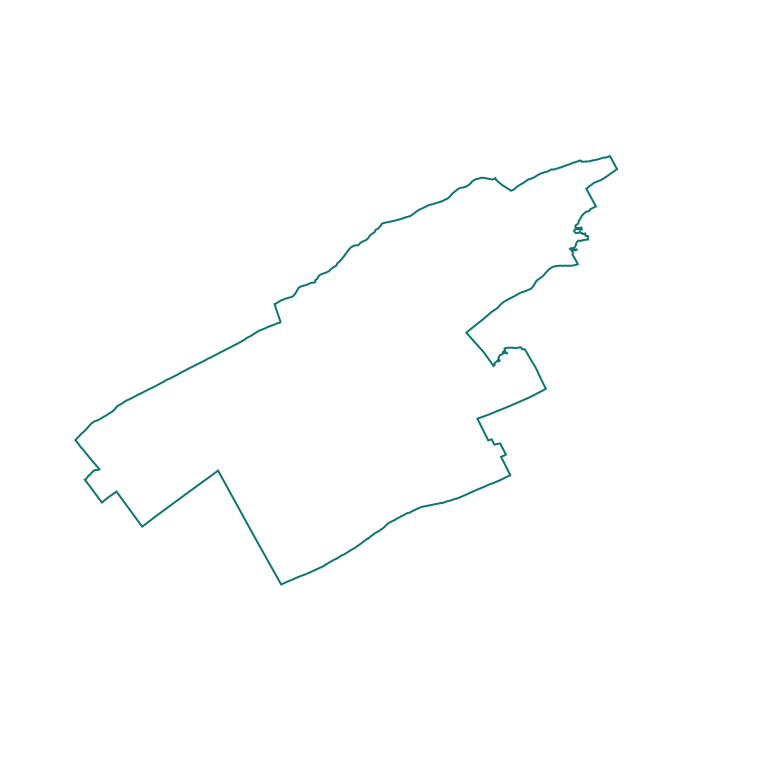 Gogosu, Dolj, Romania, rotated 331°
{"feature_id": "2599482B40492403167695", "entity_name": "Gogosu", "entity_type": "district", "adm_level": 2, "iso_a3": "ROU", "parent_name": "Romania", "parent_adm1": "Dolj", "projection": "albers", "projection_center": [23.374, 44.414], "detail": "fine", "context": "isolated", "style": "outline", "palette": "teal", "viewbox_px": 768, "rotation_deg": 331, "n_neighbors": 0, "source": "geoboundaries", "source_scale": "gbopen_adm2", "svg_char_len": 6129}
<svg xmlns="http://www.w3.org/2000/svg" viewBox="0 0 768 768"><g transform="rotate(331 384 384)"><path d="M450.2,525.1L450.9,510.0L451.0,504.5L454.2,504.8L456.4,504.8L456.8,492.3L453.2,491.1L451.1,490.6L451.4,484.7L447.8,483.8L448.9,459.6L459.3,461.3L466.6,462.2L481.4,464.0L503.9,466.2L520.3,466.7L523.3,466.6L523.5,460.1L524.0,451.7L524.4,446.7L524.6,443.5L524.2,434.0L524.1,425.4L523.9,422.1L523.5,421.5L522.4,421.1L521.7,420.6L521.6,418.5L520.6,417.8L516.7,416.6L513.5,414.2L510.5,412.6L508.3,411.9L507.4,411.4L506.5,411.6L506.3,412.9L506.1,413.3L505.7,413.3L505.9,416.1L506.5,416.7L506.4,416.8L506.1,416.7L505.7,416.4L505.6,415.9L505.3,415.9L504.6,415.3L504.7,414.3L504.6,414.1L504.2,413.8L503.4,413.7L503.2,413.8L503.2,414.0L503.6,414.4L503.7,414.6L503.4,414.7L503.4,414.9L503.2,415.0L502.3,415.2L502.1,415.4L500.4,415.1L499.0,415.1L496.7,416.7L496.2,417.6L496.1,418.2L496.6,419.0L496.6,419.5L495.8,419.7L495.3,419.7L495.2,418.4L490.4,419.7L490.0,420.9L488.5,421.3L487.2,409.3L486.5,404.0L480.9,379.1L488.7,377.6L502.8,375.3L512.8,373.1L516.5,372.9L520.6,372.5L521.9,372.1L524.0,371.1L528.7,370.2L534.6,370.2L541.6,370.4L546.6,370.3L548.7,370.5L550.7,371.0L555.2,371.6L558.8,371.9L561.9,370.9L567.5,367.6L573.6,366.9L576.1,366.4L578.0,365.6L584.0,363.7L587.6,363.4L589.1,363.5L591.5,364.2L595.4,365.9L597.6,367.3L599.5,368.1L601.7,369.5L605.2,371.4L607.8,372.3L609.9,372.9L611.6,373.1L611.7,370.2L611.7,365.1L611.4,362.8L611.9,361.8L612.7,361.1L612.8,360.3L612.8,359.0L614.2,358.9L615.2,359.4L617.3,360.2L617.5,359.6L615.7,359.1L613.4,357.7L612.2,356.4L612.1,356.0L613.5,355.8L615.0,356.8L616.5,357.2L618.6,356.0L621.1,353.5L622.0,353.2L623.6,352.9L625.9,354.5L627.3,354.4L631.6,356.1L632.5,356.5L632.5,356.0L634.1,354.1L634.1,353.5L633.7,353.0L632.8,352.7L632.3,352.2L632.1,350.9L633.0,350.3L633.0,349.9L631.6,349.6L630.3,348.9L630.5,348.2L629.9,347.8L629.2,347.0L629.1,346.3L629.1,345.7L628.0,346.1L626.5,345.9L625.1,345.1L624.6,344.0L624.3,343.1L624.4,342.5L624.8,341.9L627.5,341.3L627.9,342.2L630.1,343.5L631.8,344.7L632.1,344.1L632.5,342.9L631.5,342.5L629.5,342.0L627.3,340.3L627.6,339.3L628.0,338.6L628.9,338.1L630.8,338.0L631.7,337.7L633.0,336.5L633.2,335.9L635.1,335.0L638.4,332.9L641.0,332.0L643.5,331.4L646.2,331.8L646.8,332.3L647.4,332.1L649.3,331.1L655.4,331.5L655.6,311.3L659.6,310.6L665.5,309.9L670.4,310.6L672.6,310.8L675.7,310.7L680.0,310.4L683.7,309.9L692.0,309.1L692.1,294.2L688.3,293.7L685.7,292.5L683.7,291.9L682.5,291.8L679.1,291.0L675.1,289.7L671.2,288.7L668.7,287.4L666.1,286.3L664.7,285.4L664.6,284.4L664.0,283.6L662.4,283.4L656.1,282.1L653.8,281.9L646.8,280.7L643.8,280.4L642.1,279.8L640.0,279.5L636.2,278.7L634.8,277.6L633.8,277.5L630.4,277.5L628.0,276.9L626.7,276.5L625.5,276.4L623.9,276.0L619.8,275.8L616.0,276.1L611.2,275.6L610.1,275.1L609.0,275.0L608.6,275.2L604.3,275.6L595.9,275.9L593.4,276.6L592.0,276.9L588.9,276.6L583.6,266.9L581.5,261.1L580.8,259.0L581.2,258.0L578.8,257.9L577.6,257.5L574.7,254.9L571.6,252.4L569.3,250.9L565.8,250.1L563.8,249.5L562.5,249.3L559.4,249.5L557.0,250.6L553.5,251.1L551.4,251.1L548.4,250.5L547.5,250.0L546.4,249.7L545.0,249.4L543.0,249.4L536.0,250.6L532.1,252.1L529.5,252.6L527.6,252.4L524.2,252.3L519.9,251.7L517.0,250.9L514.6,250.6L509.8,249.2L502.8,249.0L499.8,248.6L498.2,248.8L496.3,248.8L492.2,249.5L488.2,249.9L487.2,249.5L485.5,249.3L484.0,248.7L481.5,248.4L477.4,247.5L476.5,247.4L469.4,245.4L462.9,243.4L461.0,242.9L459.5,242.9L458.8,243.2L458.4,243.8L456.1,244.5L454.9,245.0L453.7,245.2L451.1,245.2L450.0,246.3L448.6,246.7L447.1,246.8L445.2,247.0L443.2,247.6L441.0,248.7L439.2,249.3L437.5,249.3L433.4,249.0L431.7,249.1L430.3,249.7L429.1,250.0L427.9,249.9L427.6,249.5L424.4,248.3L421.6,248.5L419.7,248.9L413.7,251.5L411.1,252.8L404.3,255.4L401.8,255.7L401.0,256.6L399.7,257.2L397.9,257.5L396.4,257.4L394.8,257.6L392.2,258.0L391.2,258.5L390.2,258.6L387.9,258.5L381.7,257.5L380.2,257.6L378.2,258.6L377.2,259.3L376.4,259.6L374.2,259.9L373.7,261.2L373.2,261.5L372.4,261.5L371.1,261.0L369.8,260.3L368.5,260.1L367.3,260.1L364.0,259.7L359.7,258.6L357.7,258.4L356.3,258.4L354.1,259.5L350.5,261.8L347.3,263.1L345.3,263.1L340.8,261.9L334.8,261.0L330.6,261.1L328.6,261.3L327.1,261.0L326.4,264.0L324.7,273.3L323.7,279.3L323.1,279.9L322.2,279.9L319.8,279.1L318.4,279.1L310.6,277.9L305.4,277.5L301.1,276.9L299.8,276.8L290.1,277.4L287.0,277.2L284.5,277.4L283.5,277.7L282.2,277.5L277.9,277.8L276.6,277.5L276.0,277.7L271.6,277.5L269.6,277.5L255.8,277.0L246.6,276.8L244.2,276.7L243.2,276.5L238.8,276.6L218.9,275.7L216.5,275.8L213.4,275.6L207.9,275.7L198.5,275.3L196.8,275.0L194.6,275.0L193.3,275.2L181.7,275.0L170.2,274.4L168.0,274.5L164.4,274.1L157.9,274.1L152.0,273.8L150.9,273.5L145.8,274.0L139.7,274.1L135.7,275.8L131.9,276.5L128.6,276.5L126.5,276.8L125.0,276.8L123.8,276.7L120.0,277.0L116.0,276.9L112.2,276.3L110.8,276.5L109.7,276.5L108.7,276.7L106.4,277.4L105.3,277.9L104.0,278.3L101.4,279.3L97.4,280.4L96.2,280.5L91.7,282.0L89.6,282.5L86.9,283.5L87.7,288.1L88.2,293.0L88.7,293.6L91.1,307.6L93.8,320.6L92.0,320.5L91.0,320.0L90.2,319.4L88.5,319.1L85.0,319.9L83.5,320.6L83.0,320.9L82.2,320.9L81.6,320.7L77.5,322.7L75.9,322.7L76.3,324.8L79.8,350.9L86.7,349.6L97.9,348.4L103.3,391.5L113.8,390.1L116.0,389.6L155.4,384.5L196.9,379.3L196.6,456.6L196.8,499.4L196.9,509.5L204.2,510.1L209.3,510.7L213.1,511.0L217.6,511.5L222.4,512.3L228.2,512.9L232.0,513.1L240.2,513.8L243.5,513.9L246.1,513.7L252.9,513.5L256.4,513.6L257.8,513.8L258.4,513.6L259.4,513.8L261.6,513.4L265.0,513.5L266.2,513.7L276.1,513.2L280.0,513.2L281.2,513.0L281.9,512.7L284.3,512.7L293.8,511.3L294.8,511.2L294.9,511.5L295.6,511.6L296.3,511.3L297.7,511.0L303.1,510.2L305.7,510.1L308.4,510.1L310.3,509.8L312.3,509.8L314.7,509.4L317.5,508.5L320.2,507.9L324.6,507.9L328.6,508.2L329.2,508.0L333.9,508.1L335.1,507.9L336.8,508.2L339.8,508.3L340.3,508.2L342.6,508.3L343.3,508.8L344.7,509.1L346.1,508.8L348.5,509.0L351.3,509.2L353.4,509.3L357.9,509.9L369.3,513.6L376.4,515.8L376.9,516.2L377.3,516.4L380.9,516.9L386.0,518.2L389.6,518.7L391.0,519.1L392.4,519.6L400.9,520.5L413.7,521.5L422.0,522.5L426.4,522.8L431.6,523.6L438.2,524.3L447.3,524.8L450.2,525.1Z" fill="none" stroke="#0f766e" stroke-width="2"/></g></svg>